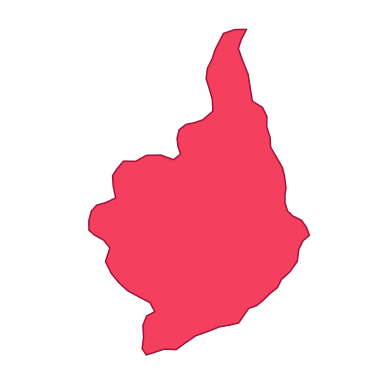 São Domingos das Dores, Minas Gerais, Brazil (Albers equal-area conic projection), rotated 350°
{"feature_id": "56859067B13750100208700", "entity_name": "São Domingos das Dores", "entity_type": "district", "adm_level": 2, "iso_a3": "BRA", "parent_name": "Brazil", "parent_adm1": "Minas Gerais", "projection": "albers", "projection_center": [-42.029, -19.515], "detail": "fine", "context": "isolated", "style": "filled", "palette": "rose", "viewbox_px": 384, "rotation_deg": 350, "n_neighbors": 0, "source": "geoboundaries", "source_scale": "gbopen_adm2", "svg_char_len": 1229}
<svg xmlns="http://www.w3.org/2000/svg" viewBox="0 0 384 384"><g transform="rotate(350 192 192)"><path d="M300.1,255.0L298.5,246.5L294.9,238.8L287.3,233.3L282.8,227.4L281.7,218.9L283.0,211.3L285.3,204.1L285.8,192.7L285.3,183.7L281.7,173.7L277.2,161.6L278.4,152.0L276.9,140.4L278.9,130.7L276.1,121.0L267.2,113.0L267.4,99.8L267.7,85.8L264.4,70.1L262.6,58.7L266.9,50.6L273.8,41.3L262.6,39.5L250.6,41.3L245.7,47.6L239.4,56.0L234.8,64.6L228.6,73.0L225.6,82.8L226.9,92.5L228.1,104.1L226.6,116.0L215.2,122.8L206.2,124.2L197.8,124.4L190.1,128.5L186.6,136.6L186.1,144.7L187.3,152.7L179.4,157.0L167.7,150.2L153.7,148.0L141.7,152.0L129.9,149.7L122.2,156.1L116.6,162.1L115.4,172.7L115.8,184.6L105.1,187.5L95.8,188.4L89.4,193.5L85.3,202.7L83.9,211.7L88.6,217.6L96.7,224.1L101.4,232.8L94.7,245.5L98.3,257.9L104.2,268.5L111.3,277.9L123.0,287.2L131.4,293.6L134.6,303.4L125.8,306.2L120.5,314.8L119.0,327.0L115.7,337.6L118.7,344.5L126.6,343.5L137.1,341.9L149.0,344.5L159.3,339.4L170.5,334.3L184.8,331.8L195.3,329.6L206.0,329.6L215.2,329.1L221.7,322.4L227.7,316.4L235.3,315.3L242.0,311.8L251.2,305.5L259.6,300.9L264.9,293.6L274.4,287.7L283.6,278.7L287.1,267.2L292.8,259.3L300.1,255.0Z" fill="#f43f5e" stroke="#9f1239" stroke-width="1.5"/></g></svg>